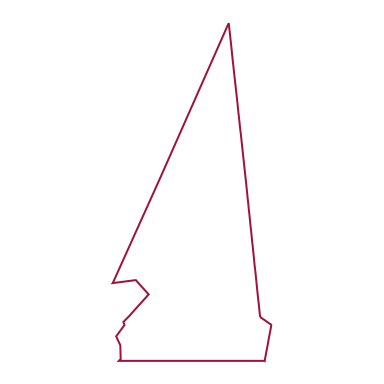 outline of Hodh ech Chargui
{"feature_id": "MRT-2796", "entity_name": "Hodh ech Chargui", "entity_type": "Region", "adm_level": 1, "iso_a3": "MRT", "parent_name": "Mauritania", "parent_adm1": "", "projection": "mercator", "projection_center": [-6.332, 19.309], "detail": "fine", "context": "isolated", "style": "outline", "palette": "rose", "viewbox_px": 384, "rotation_deg": 0, "n_neighbors": 0, "source": "natural_earth", "source_scale": "10m", "svg_char_len": 1801}
<svg xmlns="http://www.w3.org/2000/svg" viewBox="0 0 384 384"><path d="M228.7,23.0L229.2,27.3L229.8,32.8L230.4,38.3L231.0,43.7L231.6,49.2L232.1,54.6L232.7,60.1L233.3,65.5L233.9,71.0L234.5,76.4L235.1,81.8L235.7,87.3L236.3,92.7L236.9,98.1L237.5,103.5L238.0,108.9L238.6,114.3L239.2,119.7L239.5,122.3L240.1,128.1L240.8,133.8L241.1,136.5L241.6,141.3L242.2,146.8L242.8,152.4L243.4,158.0L244.0,163.5L244.6,169.1L245.2,174.6L245.8,180.2L246.4,185.7L247.0,191.8L247.3,194.4L247.5,197.0L247.8,199.5L248.1,202.1L248.5,206.2L248.9,210.3L249.4,214.4L249.8,218.5L250.2,222.6L250.6,226.7L251.1,230.8L251.5,234.8L251.9,238.9L252.3,243.0L252.8,247.1L253.2,251.1L253.6,255.1L254.0,259.1L254.4,263.0L254.8,267.0L255.3,270.9L255.7,274.9L256.1,278.8L256.5,282.8L256.9,286.7L257.3,290.7L257.7,294.6L258.1,298.5L258.6,302.5L259.0,306.4L259.4,310.3L259.8,314.3L260.0,316.0L260.4,316.7L260.7,317.4L262.4,318.6L263.9,319.6L265.7,320.9L267.4,322.1L269.1,323.3L270.8,324.4L271.0,324.6L271.2,324.9L271.2,325.1L271.3,325.4L271.0,326.7L270.3,330.8L269.5,334.9L268.7,339.0L268.0,343.2L267.2,347.4L266.4,351.6L265.6,355.8L264.8,360.0L264.8,360.4L264.7,360.6L264.7,360.9L264.7,361.0L264.5,360.9L257.9,360.9L252.3,360.9L249.7,360.9L246.8,360.9L243.8,360.9L240.6,360.9L235.0,360.9L230.9,360.9L229.0,360.9L222.7,360.9L216.1,360.9L209.3,360.9L202.3,360.9L195.2,360.9L188.1,360.9L180.9,360.9L173.8,360.9L166.8,360.9L160.0,360.9L153.4,360.9L147.1,360.9L141.1,360.9L135.5,360.9L132.0,360.9L128.6,360.9L125.5,360.9L122.7,360.9L118.9,360.9L119.0,360.8L119.2,360.5L120.7,359.0L120.3,345.2L117.9,340.1L116.2,336.3L124.5,325.0L123.4,322.0L129.4,315.9L132.1,312.8L139.1,305.0L148.7,294.4L141.5,286.5L135.8,280.1L112.7,283.1L112.9,282.8L161.3,175.5L161.8,174.3L228.4,23.8L228.7,23.1L228.7,23.0Z" fill="none" stroke="#9f1239" stroke-width="2"/></svg>